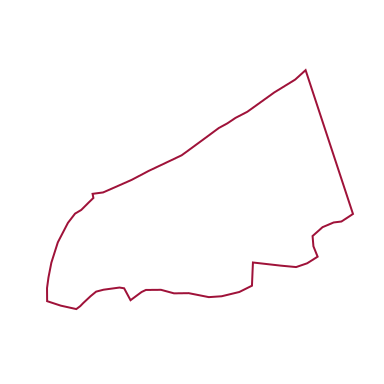 outline of Rosso, Trarza, Mauritania, rotated 353°
{"feature_id": "47542326B77132653245300", "entity_name": "Rosso", "entity_type": "district", "adm_level": 2, "iso_a3": "MRT", "parent_name": "Mauritania", "parent_adm1": "Trarza", "projection": "albers", "projection_center": [-15.757, 16.661], "detail": "fine", "context": "isolated", "style": "outline", "palette": "rose", "viewbox_px": 384, "rotation_deg": 353, "n_neighbors": 0, "source": "geoboundaries", "source_scale": "gbopen_adm2", "svg_char_len": 828}
<svg xmlns="http://www.w3.org/2000/svg" viewBox="0 0 384 384"><g transform="rotate(353 192 192)"><path d="M34.9,282.7L47.9,288.8L62.9,294.1L67.1,291.7L70.6,288.9L78.7,283.0L84.7,279.2L92.3,278.2L108.4,278.0L112.9,279.3L117.8,291.9L129.8,285.1L134.3,283.6L149.3,285.3L161.8,290.4L176.4,292.0L195.9,298.4L208.7,299.1L226.8,297.0L240.1,292.3L242.4,278.3L243.9,269.4L271.1,275.9L286.2,279.2L297.6,276.8L308.8,271.5L305.9,260.7L306.3,250.4L317.3,242.8L328.9,239.5L336.7,239.5L344.5,235.7L349.1,233.4L319.6,84.9L308.1,93.0L285.8,103.2L256.7,119.1L244.3,123.7L235.4,128.2L226.5,131.7L203.8,144.5L186.2,154.3L151.5,165.8L133.6,172.6L103.7,181.6L93.1,181.7L93.4,185.9L88.1,189.9L83.5,193.5L79.9,196.3L73.3,199.2L65.1,207.5L52.7,225.6L43.8,245.0L39.1,259.4L36.4,269.7L34.9,282.7Z" fill="none" stroke="#9f1239" stroke-width="2"/></g></svg>